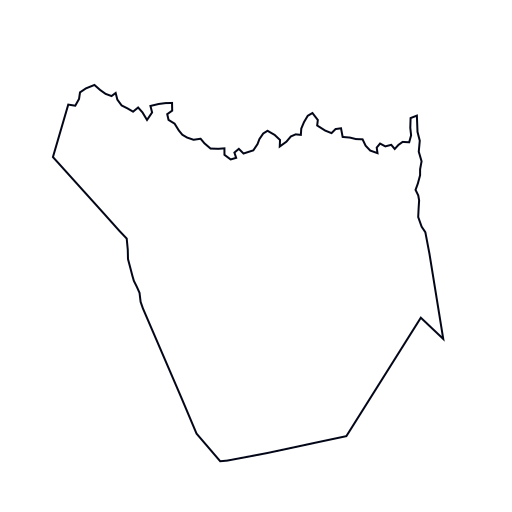 the district of Nossa Senhora Aparecida, Sergipe, Brazil, rotated 350°
{"feature_id": "56859067B5954289975540", "entity_name": "Nossa Senhora Aparecida", "entity_type": "district", "adm_level": 2, "iso_a3": "BRA", "parent_name": "Brazil", "parent_adm1": "Sergipe", "projection": "albers", "projection_center": [-37.498, -10.352], "detail": "fine", "context": "isolated", "style": "outline", "palette": "ink", "viewbox_px": 512, "rotation_deg": 350, "n_neighbors": 0, "source": "geoboundaries", "source_scale": "gbopen_adm2", "svg_char_len": 1594}
<svg xmlns="http://www.w3.org/2000/svg" viewBox="0 0 512 512"><g transform="rotate(350 256 256)"><path d="M135.5,287.9L157.8,382.2L166.6,420.6L185.1,451.9L192.0,452.5L232.6,452.0L281.6,450.2L296.2,449.7L313.7,449.1L407.6,345.4L426.0,370.2L427.2,284.1L426.9,262.0L424.2,255.9L422.5,245.8L424.4,237.4L426.3,229.6L426.3,224.5L424.6,218.6L428.0,212.7L431.6,205.0L432.7,199.0L435.5,191.5L434.4,181.5L437.3,170.9L436.6,161.8L438.8,145.7L432.2,147.0L430.2,156.6L429.7,164.1L426.6,170.6L420.2,169.1L415.6,171.3L411.2,174.7L408.5,170.0L402.4,170.5L397.7,166.8L393.7,170.2L393.5,175.8L386.8,172.0L383.1,166.4L381.2,159.6L374.7,158.2L369.1,155.7L362.0,153.8L361.9,145.0L356.4,144.8L351.7,148.1L345.9,144.5L338.9,138.1L340.5,132.8L336.4,125.0L331.3,126.9L326.5,132.5L322.7,138.4L321.2,144.5L316.2,143.1L311.1,144.3L305.8,148.7L298.4,152.3L299.8,145.9L295.4,140.0L289.1,134.7L284.4,136.6L279.7,141.4L276.9,146.1L271.7,151.5L261.5,152.9L257.7,147.5L252.7,150.4L253.5,155.9L247.8,156.5L242.5,150.9L243.6,144.5L237.5,143.9L229.9,142.3L224.8,136.1L221.8,130.9L214.7,130.7L208.7,127.4L204.5,123.8L201.8,119.0L198.8,111.5L193.5,106.8L193.2,100.9L198.7,98.3L199.9,90.7L193.3,89.7L186.6,89.4L178.1,89.9L178.6,96.6L172.3,103.1L169.1,94.8L165.7,89.3L160.0,92.5L154.9,88.2L149.8,84.4L146.6,77.9L146.1,71.1L141.5,73.4L136.0,70.2L131.3,65.4L126.6,59.5L117.6,61.4L111.1,64.3L109.0,70.6L104.1,76.6L97.4,74.3L73.2,123.3L112.4,185.9L125.8,207.5L131.7,216.4L130.8,227.6L129.4,236.8L130.3,247.5L130.8,253.8L131.4,259.3L133.3,265.7L134.9,272.1L134.4,281.1L135.5,287.9Z" fill="none" stroke="#020617" stroke-width="2"/></g></svg>